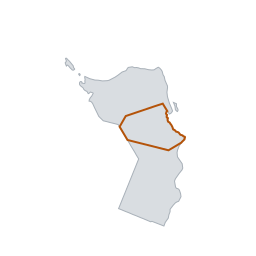 where Al Wusta sits in Oman, rotated 313°
{"feature_id": "OMN-2405", "entity_name": "Al Wusta", "entity_type": "Region", "adm_level": 1, "iso_a3": "OMN", "parent_name": "Oman", "parent_adm1": "", "projection": "robinson", "projection_center": [57.537, 20.48], "detail": "coarse", "context": "in_parent", "style": "outline", "palette": "amber", "viewbox_px": 256, "rotation_deg": 313, "n_neighbors": 0, "source": "natural_earth", "source_scale": "10m", "svg_char_len": 3605}
<svg xmlns="http://www.w3.org/2000/svg" viewBox="0 0 256 256"><g transform="rotate(313 128 128)"><path d="M80.8,221.1L79.8,218.5L78.8,216.0L77.8,213.5L76.8,211.0L76.1,209.2L74.9,208.6L74.2,206.7L73.5,204.8L72.8,202.9L72.1,200.9L71.3,199.0L70.6,197.1L69.9,195.2L69.2,193.3L68.4,191.4L67.7,189.5L67.0,187.5L66.3,185.6L65.5,183.7L64.8,181.8L64.1,179.9L63.4,178.0L62.6,176.1L65.0,175.2L67.9,174.1L70.7,173.0L73.6,171.9L76.5,170.8L79.4,169.7L82.2,168.6L85.1,167.5L88.0,166.4L90.8,165.3L93.7,164.2L96.6,163.1L99.4,162.0L102.3,160.9L105.2,159.8L108.0,158.7L110.9,157.6L112.7,156.9L113.4,154.3L114.0,152.2L114.7,150.1L115.3,148.0L115.9,145.8L116.5,143.7L117.1,141.6L117.8,139.5L118.4,137.3L119.0,135.2L119.6,133.1L120.2,131.0L120.8,128.9L121.4,126.7L122.1,124.6L122.7,122.5L123.3,120.4L123.8,118.4L122.8,116.6L121.4,114.0L119.9,111.4L118.6,108.9L117.6,107.1L116.4,105.0L116.5,102.2L116.5,100.8L116.6,98.6L117.8,95.6L119.2,91.9L120.2,89.3L121.1,87.2L121.8,85.4L122.1,83.6L121.9,82.3L121.5,81.8L121.1,81.2L122.4,80.3L124.9,79.7L126.2,79.8L128.1,79.3L129.6,78.9L129.8,78.3L129.3,77.4L128.7,76.0L126.6,75.8L126.0,75.5L126.7,73.4L126.7,72.8L126.4,72.0L126.1,70.7L126.2,69.0L126.7,67.9L126.7,67.0L126.5,65.1L126.6,63.5L127.0,62.6L127.8,61.9L128.5,61.5L129.3,61.5L129.9,61.8L130.2,62.7L130.0,63.3L129.6,63.4L129.4,63.6L130.1,64.8L131.0,65.9L131.7,65.8L132.5,64.9L133.3,64.1L134.3,63.5L135.1,62.3L135.8,61.5L136.3,61.3L138.0,66.4L140.5,71.1L142.7,73.7L145.0,77.2L148.4,80.5L150.0,81.6L156.5,83.9L160.0,84.7L164.9,85.5L168.3,87.3L169.4,87.4L171.2,86.9L172.5,86.9L175.7,89.4L176.6,91.7L178.0,92.9L179.2,94.8L180.0,96.8L182.7,99.8L184.6,103.2L186.6,105.8L188.3,107.4L191.0,108.0L193.1,108.7L193.4,110.4L193.2,112.6L192.8,114.2L190.8,117.4L190.3,119.4L188.1,122.6L185.7,128.1L184.6,129.3L180.7,132.1L177.8,135.5L174.4,141.3L171.8,147.1L170.8,149.0L168.8,149.4L167.4,149.2L166.4,148.7L166.8,147.1L167.0,145.3L165.8,145.5L164.7,145.9L162.1,150.2L160.7,152.1L160.4,154.5L159.7,157.7L158.7,160.6L158.2,163.0L158.2,164.3L159.0,167.7L159.0,171.1L159.5,173.2L159.8,175.7L158.6,176.4L157.6,176.8L153.4,177.1L149.3,177.8L145.6,179.3L143.4,180.7L140.6,183.9L138.8,192.0L136.0,195.4L134.1,196.1L129.6,196.4L123.2,197.3L120.9,198.2L117.2,203.1L116.9,204.6L117.6,205.8L117.8,207.0L117.5,208.2L115.8,211.3L113.9,213.6L109.0,215.0L107.3,214.2L105.6,213.7L102.5,213.7L97.3,214.2L95.4,215.9L92.4,217.1L89.6,218.9L84.4,219.6L80.8,221.1ZM134.9,48.5L134.6,48.9L134.1,48.9L133.0,48.6L132.4,47.7L132.5,46.6L132.5,44.7L132.8,42.8L132.8,40.9L131.9,40.5L131.3,40.6L132.7,37.8L133.3,37.4L133.8,37.6L135.0,37.3L135.7,35.8L136.2,34.9L136.8,35.0L137.1,35.5L136.9,37.8L136.9,39.7L136.1,45.5L135.4,46.5L135.0,47.3L134.9,48.5ZM175.0,152.6L173.9,152.9L173.6,152.8L173.6,150.3L176.1,147.3L177.7,143.8L178.8,146.9L176.8,148.7L175.8,151.7L175.0,152.6ZM134.6,56.4L133.9,56.9L133.4,56.9L133.5,55.8L133.8,55.1L134.5,55.2L134.7,55.6L134.6,56.4Z" fill="#d9dde1" stroke="#a8b0b8" stroke-width="1"/><path d="M118.9,135.8L123.2,121.0L135.2,118.2L162.5,132.9L169.5,136.8L167.2,145.1L166.9,145.0L166.4,145.0L164.5,145.9L164.1,147.0L164.2,147.6L162.9,148.3L162.2,149.1L162.2,149.6L162.5,150.1L162.4,150.5L161.4,151.0L160.8,151.5L160.0,152.9L160.0,153.4L160.4,154.7L159.9,156.4L159.9,157.2L159.0,159.8L158.0,161.5L157.8,162.0L157.9,162.6L158.3,163.2L158.3,163.5L158.3,164.3L158.1,165.5L159.0,167.3L159.2,168.1L159.1,169.1L158.8,170.4L158.8,170.8L159.2,171.8L159.7,172.7L159.8,173.0L159.7,174.2L160.3,175.4L160.3,175.7L159.7,176.3L158.9,176.5L158.5,176.9L158.1,177.1L154.7,176.9L153.7,177.0L139.3,172.8L118.9,135.8Z" fill="none" stroke="#b45309" stroke-width="2"/></g></svg>